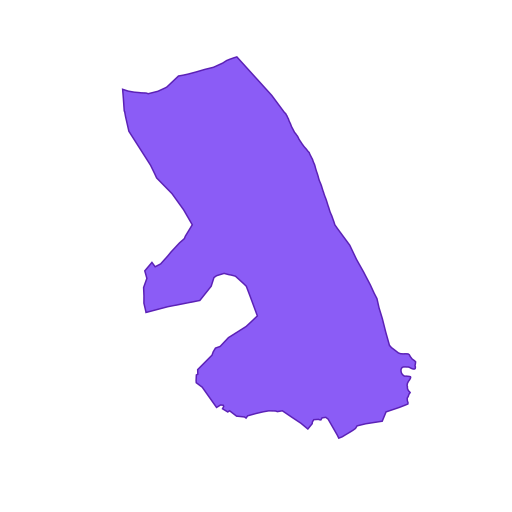 outline of Al Khabt, Al Mahwit, Yemen, rotated 73°
{"feature_id": "15242507B38979687993387", "entity_name": "Al Khabt", "entity_type": "district", "adm_level": 2, "iso_a3": "YEM", "parent_name": "Yemen", "parent_adm1": "Al Mahwit", "projection": "albers", "projection_center": [43.386, 15.485], "detail": "fine", "context": "isolated", "style": "filled", "palette": "violet", "viewbox_px": 512, "rotation_deg": 73, "n_neighbors": 0, "source": "geoboundaries", "source_scale": "gbopen_adm2", "svg_char_len": 3597}
<svg xmlns="http://www.w3.org/2000/svg" viewBox="0 0 512 512"><g transform="rotate(73 256 256)"><path d="M60.0,216.1L60.0,219.1L60.1,221.4L60.2,223.7L60.5,227.0L61.7,231.1L61.8,231.7L63.1,241.5L62.6,250.5L62.5,259.5L62.2,267.7L61.8,272.6L61.2,277.5L68.4,292.0L68.7,293.6L69.8,301.6L69.3,311.6L68.0,313.5L66.4,318.1L65.5,320.1L63.7,324.6L60.9,330.1L57.6,334.8L67.1,336.9L78.8,339.6L79.6,339.4L84.6,340.0L99.5,341.1L101.7,340.5L135.1,331.2L138.4,330.3L147.2,328.9L152.3,328.2L171.8,318.1L190.7,311.7L207.5,307.8L216.4,317.8L218.4,319.4L221.1,325.3L227.0,335.6L230.2,340.4L235.7,349.5L236.8,355.6L231.7,357.4L237.7,366.7L245.5,366.9L253.3,372.7L261.4,374.8L268.4,377.0L277.4,377.6L277.8,377.7L277.9,376.7L277.9,376.1L278.3,365.5L278.7,355.2L282.1,322.7L271.8,307.7L264.3,302.5L263.3,299.4L263.3,291.6L265.9,287.4L267.0,285.2L267.4,284.6L268.3,283.1L269.1,281.9L269.4,281.5L272.6,279.6L279.2,275.7L282.1,274.1L292.7,273.4L313.7,272.2L320.5,286.0L326.0,306.2L332.0,316.7L332.2,321.7L335.1,324.9L337.9,327.0L338.1,327.3L347.6,345.0L352.0,346.2L352.3,347.8L357.6,349.7L359.7,350.2L365.7,345.8L368.4,344.9L389.3,338.0L388.1,333.4L389.2,330.9L390.5,330.9L392.3,332.7L396.9,328.6L396.3,326.5L403.5,321.4L404.0,320.1L406.6,314.0L408.1,312.9L406.4,310.7L406.6,302.2L407.1,294.7L407.8,289.0L409.9,282.7L411.1,281.0L411.7,276.3L411.7,276.1L414.4,273.9L420.5,269.0L429.0,262.0L436.6,257.0L432.8,251.3L431.2,250.6L429.4,248.6L430.5,244.0L431.1,243.3L431.7,241.9L430.1,240.1L430.7,236.4L431.6,235.8L432.9,234.8L434.5,234.4L451.2,230.6L454.4,230.1L454.1,226.3L453.6,224.5L451.1,214.5L450.0,211.3L448.0,209.0L448.5,200.2L450.9,183.6L443.1,177.2L442.7,163.1L442.2,156.6L442.0,154.9L442.0,154.3L441.9,154.0L440.7,153.5L438.8,153.6L436.2,153.0L435.6,152.4L434.9,151.5L433.8,150.8L432.5,149.7L432.1,149.0L431.6,148.5L430.9,148.8L429.8,149.4L428.8,149.7L427.5,149.9L426.4,149.8L425.3,149.4L424.1,149.4L423.4,149.1L422.0,148.4L421.2,147.6L420.4,146.8L419.5,145.6L418.8,144.8L418.1,144.1L417.3,143.6L416.9,143.6L416.6,143.6L416.0,144.6L415.3,146.2L414.8,147.4L414.4,148.9L413.8,149.6L412.2,150.6L410.5,151.1L408.5,151.0L406.9,150.5L405.9,149.6L405.3,148.8L405.2,147.3L405.7,145.6L406.3,144.1L406.6,142.9L407.3,141.9L409.0,140.2L409.8,139.1L410.4,137.8L410.2,136.7L408.8,136.0L407.4,136.0L405.7,135.1L403.9,134.3L402.5,135.0L400.2,136.8L397.5,137.8L395.2,138.3L394.1,139.2L393.3,141.4L392.6,144.0L391.6,146.5L390.3,148.2L388.0,149.8L385.6,151.5L383.0,153.4L382.6,153.5L381.1,154.2L380.5,154.4L380.5,154.5L366.8,154.2L352.9,153.5L341.5,153.5L332.1,152.8L326.1,153.9L317.2,155.1L306.6,157.1L303.2,157.7L288.6,160.9L273.1,163.2L253.5,170.1L249.2,171.5L248.5,171.5L246.4,171.5L244.3,171.6L242.0,171.7L239.7,171.8L237.4,172.1L235.1,172.3L232.9,172.3L231.8,172.3L230.7,172.3L228.6,172.4L226.1,172.4L223.6,172.4L221.4,172.5L219.2,172.7L217.0,172.8L214.8,172.8L213.2,172.9L211.0,172.9L209.2,172.9L207.6,172.9L205.1,173.1L203.4,173.3L201.7,173.4L200.2,173.4L198.3,173.3L198.0,173.3L196.9,173.3L196.4,173.3L194.8,173.3L193.2,173.4L191.0,173.4L190.4,173.4L189.4,173.4L187.5,173.3L185.5,173.3L183.3,173.6L181.6,173.7L180.2,173.7L178.2,174.1L175.9,174.5L174.2,174.8L172.6,174.9L171.1,175.7L169.4,176.3L167.9,176.9L166.5,177.6L165.1,178.2L163.6,178.7L163.0,178.9L162.2,179.2L160.4,179.7L158.8,180.2L156.6,180.8L155.0,181.0L153.5,181.3L152.0,181.9L150.6,182.3L149.1,183.0L147.4,183.3L145.7,183.6L144.2,183.9L142.7,184.2L141.1,184.3L139.5,184.4L137.7,184.7L136.1,184.9L134.5,184.9L133.0,185.2L131.4,185.4L131.1,185.4L129.8,185.8L128.8,185.9L126.7,187.0L107.0,194.0L60.0,216.1Z" fill="#8b5cf6" stroke="#5b21b6" stroke-width="1.5"/></g></svg>